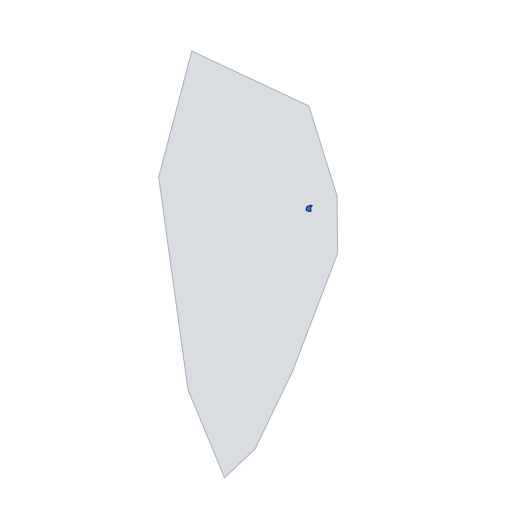 location of Cenac, Soufrière, Saint Lucia, rotated 170°
{"feature_id": "8701671B19367701502123", "entity_name": "Cenac", "entity_type": "district", "adm_level": 2, "iso_a3": "LCA", "parent_name": "Saint Lucia", "parent_adm1": "Soufrière", "projection": "natural_earth1", "projection_center": [-61.044, 13.872], "detail": "fine", "context": "in_parent", "style": "filled", "palette": "blue", "viewbox_px": 512, "rotation_deg": 170, "n_neighbors": 0, "source": "geoboundaries", "source_scale": "gbopen_adm2", "svg_char_len": 639}
<svg xmlns="http://www.w3.org/2000/svg" viewBox="0 0 512 512"><g transform="rotate(170 256 256)"><path d="M338.1,350.6L283.7,468.9L177.9,394.6L165.8,301.2L175.1,244.6L239.8,136.5L290.2,66.4L325.5,43.1L346.2,136.3L338.1,350.6Z" fill="#d9dde1" stroke="#a8b0b8" stroke-width="1"/><path d="M194.4,290.6L194.1,292.3L194.2,292.5L194.2,292.8L194.1,293.1L194.0,293.6L193.9,293.9L193.7,294.3L193.6,294.6L193.2,294.9L192.9,295.1L192.5,295.6L192.3,295.7L192.2,295.8L192.7,296.0L193.3,296.1L193.6,296.4L193.8,296.3L194.0,296.3L197.4,295.4L197.9,294.2L198.5,292.6L196.6,291.1L194.4,290.6Z" fill="#3b82f6" stroke="#1e3a8a" stroke-width="1.5"/></g></svg>